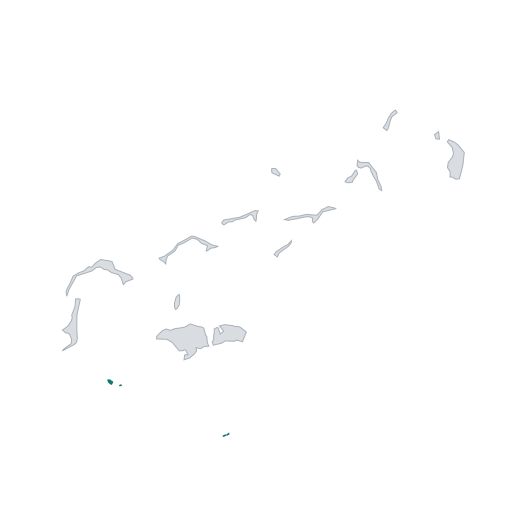 where Bimini sits in The Bahamas, rotated 288°
{"feature_id": "BHS-5039", "entity_name": "Bimini", "entity_type": "District", "adm_level": 1, "iso_a3": "BHS", "parent_name": "The Bahamas", "parent_adm1": "", "projection": "orthographic", "projection_center": [-79.337, 24.634], "detail": "fine", "context": "in_parent", "style": "filled", "palette": "teal", "viewbox_px": 512, "rotation_deg": 288, "n_neighbors": 0, "source": "natural_earth", "source_scale": "10m", "svg_char_len": 3945}
<svg xmlns="http://www.w3.org/2000/svg" viewBox="0 0 512 512"><g transform="rotate(288 256 256)"><path d="M171.1,214.7L171.0,221.7L171.7,226.9L171.2,228.7L165.5,232.3L164.1,234.2L158.8,236.3L155.6,239.0L153.9,234.6L150.7,231.9L150.2,227.2L147.8,228.8L144.3,227.9L138.6,224.4L135.0,219.6L140.0,218.8L141.1,221.7L145.0,218.0L144.1,216.1L143.4,215.9L142.1,212.3L148.0,202.9L149.2,196.8L146.4,187.1L148.9,186.4L155.7,189.8L158.8,193.1L158.9,197.7L161.8,201.3L166.0,209.8L171.1,214.7ZM175.9,241.0L176.0,242.3L170.8,246.0L174.6,248.5L178.1,242.9L181.0,247.4L182.7,256.0L182.4,257.5L182.7,258.7L183.3,260.4L183.5,262.8L180.7,270.3L170.3,269.6L170.0,263.3L168.3,262.1L165.8,253.1L162.5,250.3L158.0,242.9L160.6,241.0L164.1,241.6L165.8,240.6L170.7,239.9L173.6,238.8L175.9,241.0ZM425.6,409.5L424.1,413.8L418.8,422.1L406.2,424.7L392.3,425.6L391.2,423.5L390.8,421.6L391.7,418.5L391.6,417.4L390.9,416.2L396.0,414.7L399.2,410.8L404.4,409.9L411.1,412.3L414.6,412.2L419.7,409.1L423.7,402.7L426.2,403.3L425.6,409.5ZM197.1,145.5L196.0,146.0L191.4,140.3L187.8,138.7L193.4,134.5L195.7,131.0L195.6,123.4L196.9,119.2L196.3,115.6L197.5,111.8L195.8,107.7L191.0,104.5L181.6,91.5L166.9,88.6L159.3,88.5L163.4,86.4L167.3,86.6L173.2,87.7L180.3,88.3L184.7,92.1L188.9,97.1L192.7,99.1L194.3,100.4L194.1,101.9L194.8,103.3L199.7,105.6L204.7,109.4L206.3,120.7L199.8,126.1L198.8,142.5L197.1,145.5ZM131.2,98.8L137.4,100.5L140.8,100.2L142.8,99.0L152.0,99.5L159.4,97.7L160.5,100.7L160.4,102.3L144.5,103.9L130.1,108.5L122.1,111.6L118.4,112.0L115.5,110.4L105.9,101.1L108.4,102.1L115.5,107.3L119.9,106.3L124.0,102.8L124.6,100.2L124.0,99.0L125.8,94.8L131.2,98.8ZM227.4,168.9L236.1,175.3L243.4,177.6L251.5,185.5L254.9,188.3L255.6,190.9L254.6,203.0L252.9,210.3L253.4,216.6L251.5,214.8L249.5,210.7L246.3,208.3L245.3,207.1L250.8,206.7L251.2,200.2L253.7,194.9L253.2,189.6L246.6,183.8L242.1,178.7L235.3,177.2L228.9,172.1L225.1,171.6L220.6,172.6L222.2,169.4L223.2,165.3L224.1,164.5L227.4,168.9ZM325.9,315.6L325.6,317.1L318.6,305.8L310.1,303.3L305.2,300.6L306.2,299.0L309.5,298.2L309.9,294.6L308.4,290.7L303.8,282.9L301.1,277.6L300.0,276.4L299.5,271.9L305.0,278.7L307.3,284.8L311.0,290.8L313.6,301.3L320.5,304.6L325.4,309.5L325.9,315.6ZM360.7,353.5L357.0,355.4L357.8,352.4L364.7,347.1L368.5,342.5L370.7,340.8L371.5,339.6L374.5,337.8L376.0,334.9L375.5,332.6L372.1,328.8L372.0,326.1L373.1,324.2L378.5,323.1L377.2,326.0L379.7,334.1L372.7,344.6L366.6,348.0L360.7,353.5ZM299.1,241.3L299.5,244.2L296.0,243.7L290.8,245.0L289.0,245.1L290.1,243.0L293.6,240.2L293.7,237.6L289.1,234.1L283.7,224.9L281.2,222.8L280.0,219.4L275.6,215.8L276.4,213.7L277.3,213.2L280.2,214.1L287.2,227.3L287.7,228.5L299.1,241.3ZM422.0,338.6L425.3,339.2L427.1,339.1L433.2,340.5L436.9,342.7L437.8,343.7L435.9,345.9L430.2,342.1L425.3,341.9L418.5,342.3L415.7,341.6L417.3,337.3L422.0,338.6ZM367.6,323.9L368.8,324.9L365.5,327.3L357.8,324.8L356.1,325.0L354.5,322.1L353.9,319.8L354.2,317.7L358.8,319.2L361.3,322.1L367.6,323.9ZM191.5,196.8L185.7,198.1L181.4,197.0L180.3,196.0L182.1,194.4L186.1,193.0L192.4,192.8L195.2,194.3L195.6,195.0L191.5,196.8ZM281.5,284.9L279.3,285.3L275.4,283.9L266.0,277.1L261.7,276.6L263.0,272.7L266.3,274.0L273.9,279.8L276.7,282.8L281.5,284.9ZM345.3,247.4L341.4,253.7L339.1,253.3L340.1,245.4L343.0,244.1L344.1,244.1L345.3,247.4ZM430.8,391.2L423.8,394.4L423.0,391.1L426.5,388.3L430.8,391.2Z" fill="#d9dde1" stroke="#a8b0b8" stroke-width="1"/><path d="M92.3,153.8L92.5,154.4L92.7,155.6L92.5,156.1L92.4,155.8L92.1,156.0L91.4,156.2L91.4,155.7L91.7,154.8L91.5,154.5L90.8,155.2L90.4,155.7L90.2,156.1L90.1,156.9L90.6,157.3L91.4,157.7L91.9,158.1L91.7,158.4L90.3,158.2L89.7,158.2L89.5,157.9L89.7,157.1L90.1,156.0L90.8,154.8L91.8,153.9L92.3,153.8ZM75.9,281.9L76.4,282.7L74.2,280.3L74.5,280.5L75.9,281.9ZM78.5,284.9L78.3,285.0L77.3,284.3L77.2,284.0L78.5,284.9ZM90.3,166.2L90.8,166.6L90.8,166.8L90.3,166.2ZM91.4,167.4L91.5,167.4L91.7,168.0L91.6,167.9L91.4,167.4Z" fill="#14b8a6" stroke="#0f766e" stroke-width="1.5"/></g></svg>